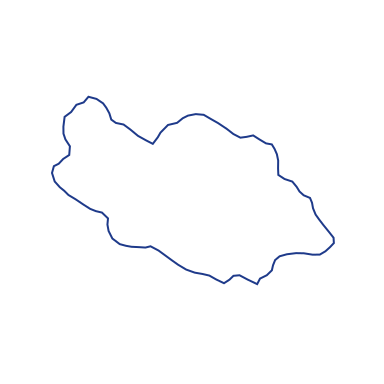 outline of Piedade de Caratinga, Minas Gerais, Brazil, rotated 121°
{"feature_id": "56859067B22598928706692", "entity_name": "Piedade de Caratinga", "entity_type": "district", "adm_level": 2, "iso_a3": "BRA", "parent_name": "Brazil", "parent_adm1": "Minas Gerais", "projection": "natural_earth1", "projection_center": [-42.045, -19.762], "detail": "fine", "context": "isolated", "style": "outline", "palette": "blue", "viewbox_px": 384, "rotation_deg": 121, "n_neighbors": 0, "source": "geoboundaries", "source_scale": "gbopen_adm2", "svg_char_len": 1461}
<svg xmlns="http://www.w3.org/2000/svg" viewBox="0 0 384 384"><g transform="rotate(121 192 192)"><path d="M254.7,134.1L254.5,126.1L253.7,117.6L247.8,114.7L242.5,113.3L238.9,108.4L238.4,99.1L237.4,88.7L231.2,89.1L224.8,85.0L218.0,83.2L213.1,84.8L207.5,85.7L202.0,83.8L196.5,78.6L190.8,71.3L186.9,64.5L183.6,56.3L179.8,50.2L174.1,47.1L168.2,45.3L162.7,44.1L158.3,47.1L155.4,54.8L152.6,62.5L150.2,68.6L147.7,74.4L143.6,79.9L139.4,83.6L136.3,87.8L137.3,94.6L136.2,100.1L133.7,104.9L131.4,111.4L133.2,119.4L132.9,126.8L127.4,130.4L120.7,134.3L115.9,138.7L112.5,143.5L110.1,148.1L112.2,153.6L112.2,161.4L112.0,168.7L116.6,173.6L120.5,178.5L121.0,186.4L120.0,194.7L119.5,205.2L119.7,213.1L119.8,221.7L123.3,228.9L128.6,234.8L133.5,237.9L140.4,240.4L146.9,247.1L157.3,249.6L162.7,249.5L170.9,250.4L171.4,258.0L171.7,267.2L170.2,277.1L169.4,285.4L172.0,292.8L171.5,298.5L167.1,303.4L163.9,308.9L161.8,313.9L161.4,321.8L163.7,329.8L171.0,331.0L176.8,336.0L185.7,336.8L193.2,339.9L202.2,335.9L208.2,332.2L212.1,327.6L215.7,320.2L223.5,316.3L229.9,319.4L236.4,320.8L241.0,323.7L247.8,321.8L253.7,315.1L256.0,307.7L256.8,302.0L258.2,296.4L258.2,288.1L258.7,278.3L258.9,270.6L257.9,264.5L256.0,258.6L257.9,250.4L263.5,247.7L268.4,243.4L272.9,236.3L273.9,227.1L272.1,220.8L270.1,215.6L266.6,209.1L263.6,203.3L259.9,199.6L259.4,190.5L260.2,181.8L260.9,174.2L261.5,166.5L261.5,157.1L259.7,148.1L256.9,140.9L254.7,134.1Z" fill="none" stroke="#1e3a8a" stroke-width="2"/></g></svg>